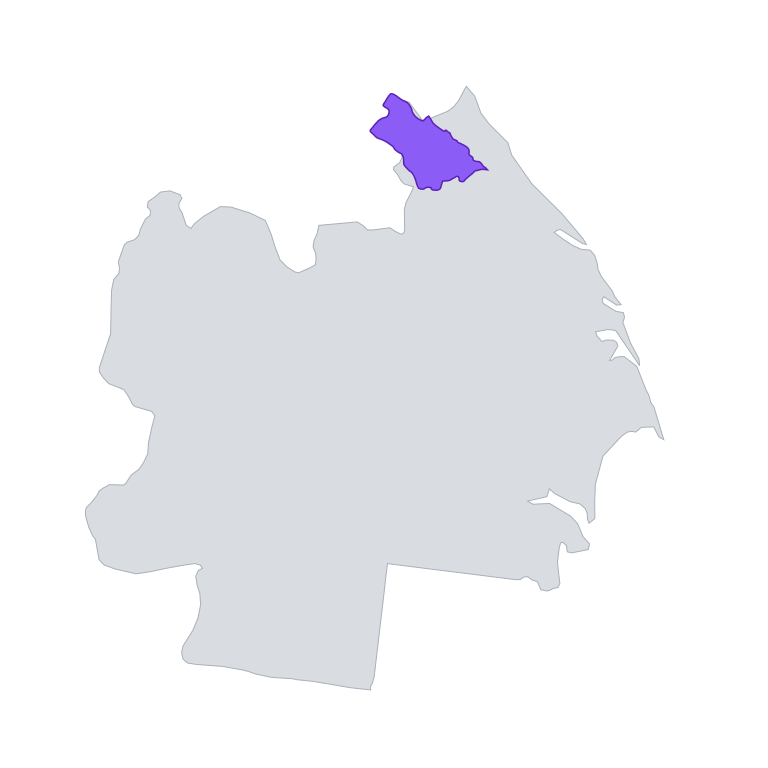 Mongo, Nyanga, Gabon shown in context, rotated 187°
{"feature_id": "22940354B34091756215614", "entity_name": "Mongo", "entity_type": "district", "adm_level": 2, "iso_a3": "GAB", "parent_name": "Gabon", "parent_adm1": "Nyanga", "projection": "albers", "projection_center": [11.424, -3.286], "detail": "fine", "context": "in_parent", "style": "filled", "palette": "violet", "viewbox_px": 768, "rotation_deg": 187, "n_neighbors": 0, "source": "geoboundaries", "source_scale": "gbopen_adm2", "svg_char_len": 5625}
<svg xmlns="http://www.w3.org/2000/svg" viewBox="0 0 768 768"><g transform="rotate(187 384 384)"><path d="M552.1,92.4L551.6,99.3L543.8,116.0L540.1,129.0L539.1,142.7L541.3,153.8L545.0,161.7L547.4,170.3L545.5,176.3L541.8,178.9L544.3,181.9L550.0,182.7L559.7,180.1L574.7,175.5L594.2,168.9L607.0,165.4L628.2,167.6L639.6,170.2L645.4,174.9L651.5,194.7L654.6,197.7L659.7,206.1L664.0,216.3L664.9,221.4L664.4,225.1L660.1,230.5L655.2,238.6L653.5,243.4L649.4,247.0L644.3,250.6L630.1,252.0L628.0,254.1L624.0,262.6L616.5,269.9L613.1,276.7L610.0,285.9L610.6,297.2L609.1,313.5L607.5,324.6L611.3,328.5L628.1,331.2L631.4,333.4L635.9,340.3L641.6,346.7L657.1,350.8L663.1,355.7L667.9,361.1L668.5,365.6L665.0,383.3L661.5,400.3L662.8,413.3L664.1,425.7L665.8,443.7L665.0,454.7L660.6,461.4L660.6,466.7L662.6,473.0L658.7,490.6L656.1,493.5L649.2,496.8L645.6,501.5L644.4,508.9L640.7,519.0L636.8,522.7L636.8,527.5L640.5,530.9L640.4,536.2L633.5,542.4L629.3,547.2L620.1,549.6L609.6,547.1L607.2,543.5L609.7,538.1L608.8,533.7L605.2,529.2L599.6,517.3L594.6,514.8L591.9,519.7L583.3,528.6L568.1,540.1L557.6,541.0L538.0,537.4L521.7,531.9L514.0,518.4L509.1,507.3L502.2,494.3L494.3,488.2L486.0,484.3L482.2,484.0L470.2,491.2L466.6,494.0L466.7,500.1L467.8,505.7L469.6,508.4L471.2,512.0L470.9,517.7L468.7,525.2L468.0,533.5L430.4,541.6L423.9,538.6L419.2,534.9L413.5,535.6L397.2,539.8L391.3,536.8L385.3,534.7L382.6,536.5L382.3,540.0L385.1,559.5L384.2,567.0L380.6,576.7L378.7,583.3L388.6,585.1L392.2,588.2L395.7,593.1L400.5,597.7L400.8,600.5L395.4,605.6L393.5,611.8L396.1,616.8L402.9,621.9L412.8,627.2L417.6,630.7L417.1,633.9L412.5,640.7L410.8,646.5L407.6,651.7L408.3,656.4L412.7,660.9L412.2,664.9L409.2,667.9L403.1,667.3L397.9,667.7L393.2,666.5L378.6,651.0L375.4,650.6L354.1,662.4L348.9,667.3L344.5,674.3L338.6,689.5L329.0,680.7L320.7,664.5L311.0,654.6L290.5,638.6L285.1,626.7L261.7,600.7L228.1,574.7L203.8,552.1L200.1,547.1L204.2,547.7L227.7,558.9L230.9,557.7L233.6,555.2L223.4,549.3L213.8,544.6L204.7,541.7L195.6,542.0L190.5,537.2L187.2,530.0L185.5,523.8L181.5,517.3L168.6,503.9L165.5,498.7L158.4,491.6L162.7,490.7L176.5,497.4L177.7,494.7L176.5,490.8L162.7,484.4L155.1,484.0L153.4,479.5L154.4,474.3L144.4,454.8L134.1,440.2L132.5,433.3L160.3,465.0L164.0,465.5L168.9,465.2L180.4,461.6L178.2,457.4L173.0,452.8L168.0,454.9L161.5,455.4L158.0,453.5L156.5,450.2L163.0,434.8L160.2,435.6L158.1,438.3L154.5,439.6L149.0,440.5L135.2,432.2L123.1,409.9L119.9,405.4L116.6,397.6L113.4,394.4L99.5,362.8L104.8,365.1L111.1,374.3L123.4,372.3L128.2,367.0L132.4,367.2L136.7,365.9L142.1,360.9L157.9,339.1L162.0,310.3L160.6,293.2L158.3,276.2L163.5,270.8L165.5,274.4L166.6,280.4L169.0,284.8L174.7,288.8L185.1,289.9L201.3,296.1L207.1,300.1L208.6,292.1L227.2,285.3L221.6,282.8L205.1,285.6L182.4,275.4L174.8,269.0L167.8,256.7L160.5,250.3L161.0,244.6L177.3,239.2L181.6,239.8L183.3,246.1L187.7,248.7L189.4,247.9L190.1,242.5L190.1,227.9L185.1,207.2L186.6,203.2L191.1,201.7L195.1,199.0L197.8,198.4L203.3,198.9L206.1,203.8L207.6,206.4L213.2,207.6L217.8,210.2L221.7,209.5L225.0,206.5L229.8,205.8L244.6,205.9L258.1,205.9L284.9,206.0L311.7,206.0L338.5,206.1L358.7,206.2L358.7,194.3L358.5,176.0L358.4,154.3L358.3,133.5L358.2,114.4L358.1,91.7L359.2,85.2L360.5,82.5L360.0,78.7L380.8,78.5L418.4,80.2L434.9,79.9L439.5,80.3L460.1,79.1L476.7,80.6L483.8,82.2L490.1,83.0L510.1,84.0L536.1,82.8L544.9,83.1L549.8,86.3L552.1,92.4Z" fill="#d9dde1" stroke="#a8b0b8" stroke-width="1"/><path d="M372.3,655.4L373.1,654.7L374.6,653.5L376.0,651.3L377.3,650.0L378.7,650.0L380.3,650.6L382.5,651.4L385.3,653.2L386.9,654.7L389.0,657.3L390.3,660.7L392.9,664.1L394.6,665.8L396.7,666.8L398.8,667.5L400.9,668.2L403.1,669.3L406.9,671.5L410.0,672.8L411.8,673.1L413.1,672.5L414.5,670.3L415.2,668.9L416.0,667.3L417.1,664.7L418.2,662.6L418.9,660.7L418.5,660.0L416.8,658.9L415.1,658.3L413.4,657.2L412.4,656.2L412.1,654.8L412.2,653.5L412.6,651.4L413.4,650.0L414.8,648.9L417.1,648.0L418.3,647.4L419.6,646.5L421.6,644.8L422.8,643.0L424.7,640.5L426.3,637.7L428.5,634.5L428.4,632.9L425.6,631.0L422.4,628.4L420.6,627.4L419.1,627.0L416.8,626.6L415.0,626.0L412.4,625.2L410.2,624.2L408.2,623.1L405.3,621.6L403.6,620.4L403.0,619.6L402.2,618.4L400.7,617.4L398.8,616.2L396.6,615.2L394.8,614.8L394.0,614.0L392.9,612.1L392.2,610.5L391.7,608.1L391.5,606.0L390.9,604.0L388.8,601.9L386.0,599.6L384.0,598.2L383.0,597.9L382.1,597.1L380.6,595.5L379.5,594.0L377.8,590.9L377.0,589.2L375.7,586.0L374.7,584.3L373.6,582.6L371.5,582.0L369.1,582.1L367.7,582.8L366.7,583.8L365.4,584.5L363.2,584.7L361.3,584.6L361.0,583.7L360.0,582.8L359.2,582.5L358.8,582.5L356.2,582.6L354.3,583.0L352.5,584.1L351.8,585.3L351.3,588.2L350.8,591.1L350.4,592.6L348.1,593.0L345.8,593.4L344.1,594.0L342.8,594.7L341.1,596.2L339.5,597.1L337.4,599.0L335.5,598.8L334.6,597.7L334.3,595.7L333.7,594.7L331.3,594.3L329.6,594.8L328.8,596.0L327.5,597.7L325.7,599.8L323.3,602.3L322.2,603.3L320.6,605.4L319.1,607.0L317.5,607.2L316.1,607.9L313.8,608.8L311.1,609.2L307.4,609.2L308.2,609.9L309.6,611.0L310.4,611.5L311.6,611.8L314.4,614.9L315.4,615.6L316.5,616.3L319.6,616.2L320.9,616.4L321.8,616.6L322.8,617.3L323.1,618.0L323.2,618.8L323.5,619.4L324.1,619.9L324.5,620.4L326.0,621.1L326.9,621.6L327.6,622.5L327.8,623.6L327.8,624.9L328.1,626.3L328.6,627.4L329.3,628.2L330.2,628.9L331.6,629.8L333.9,630.8L335.8,631.4L337.1,632.0L338.6,632.3L339.7,632.6L340.7,633.3L341.2,634.3L342.8,634.9L344.0,635.2L345.4,635.7L346.5,637.0L347.9,638.7L348.3,639.7L348.7,640.5L349.2,641.1L350.4,641.7L351.2,642.0L352.1,642.7L352.8,643.2L353.8,643.5L354.1,643.2L354.3,642.4L354.9,642.0L356.7,642.8L360.6,644.8L364.6,647.1L367.3,649.1L369.6,652.2L372.3,655.4Z" fill="#8b5cf6" stroke="#5b21b6" stroke-width="1.5"/></g></svg>